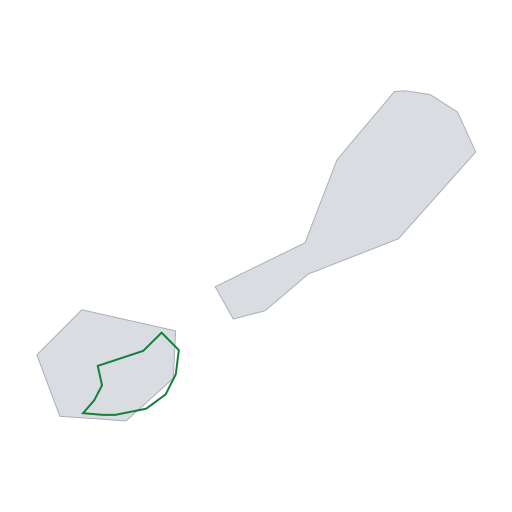 Saint James Windward highlighted on a map of Saint Kitts and Nevis, rotated 96°
{"feature_id": "KNA-5103", "entity_name": "Saint James Windward", "entity_type": "Parish", "adm_level": 1, "iso_a3": "KNA", "parent_name": "Saint Kitts and Nevis", "parent_adm1": "", "projection": "natural_earth1", "projection_center": [-62.57, 17.171], "detail": "fine", "context": "in_parent", "style": "outline", "palette": "green", "viewbox_px": 512, "rotation_deg": 96, "n_neighbors": 0, "source": "natural_earth", "source_scale": "10m", "svg_char_len": 617}
<svg xmlns="http://www.w3.org/2000/svg" viewBox="0 0 512 512"><g transform="rotate(96 256 256)"><path d="M321.0,272.0L290.8,293.4L237.7,208.6L151.9,185.5L77.9,135.5L76.1,124.7L77.3,99.6L91.8,70.6L129.6,48.4L224.0,116.2L268.3,201.9L309.5,241.3L321.0,272.0ZM435.9,434.3L377.3,463.6L327.7,423.7L338.9,328.1L386.3,325.5L433.6,368.0L435.9,434.3Z" fill="#d9dde1" stroke="#a8b0b8" stroke-width="1"/><path d="M342.1,341.9L357.7,322.9L382.0,323.4L403.1,331.4L419.3,349.2L428.7,379.3L430.0,391.7L430.4,411.6L416.6,401.9L400.7,395.6L381.8,401.9L362.1,358.2L342.1,341.9Z" fill="none" stroke="#15803d" stroke-width="2"/></g></svg>